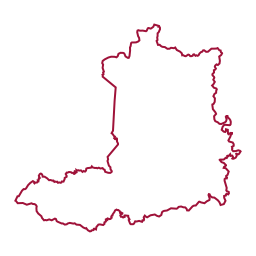 Falan, Tolima, Colombia
{"feature_id": "7082276B64304249880485", "entity_name": "Falan", "entity_type": "district", "adm_level": 2, "iso_a3": "COL", "parent_name": "Colombia", "parent_adm1": "Tolima", "projection": "orthographic", "projection_center": [-74.943, 5.091], "detail": "fine", "context": "isolated", "style": "outline", "palette": "rose", "viewbox_px": 256, "rotation_deg": 0, "n_neighbors": 0, "source": "geoboundaries", "source_scale": "gbopen_adm2", "svg_char_len": 5863}
<svg xmlns="http://www.w3.org/2000/svg" viewBox="0 0 256 256"><path d="M85.5,228.5L86.2,228.1L87.8,230.2L89.9,231.4L91.1,231.1L91.5,230.4L93.5,230.1L93.8,228.8L94.6,228.7L96.0,229.4L96.4,227.0L98.4,224.6L99.9,224.4L103.2,225.0L104.5,223.8L104.4,222.4L105.9,221.5L105.8,219.4L106.4,219.1L107.4,219.8L107.7,218.5L109.6,219.1L110.6,218.9L111.0,218.1L111.7,217.7L111.3,216.4L111.8,215.7L112.5,215.5L112.6,214.5L114.6,211.6L115.0,210.5L116.5,209.6L117.4,210.1L118.2,210.0L119.7,211.1L120.2,213.2L120.6,213.2L121.0,212.4L122.4,213.2L122.3,213.8L121.5,213.9L120.3,215.4L121.0,216.8L122.0,216.7L123.1,217.5L124.6,216.9L124.3,216.0L124.9,215.4L128.2,215.8L128.3,217.3L129.5,219.3L128.7,220.0L130.1,223.6L130.8,224.2L133.1,224.2L134.0,223.6L135.2,221.3L136.6,221.5L139.1,220.9L142.0,221.8L142.5,220.3L143.6,220.5L143.9,220.1L144.1,219.1L143.7,217.3L144.8,215.6L146.3,217.0L147.2,217.3L150.5,215.3L154.8,214.5L157.1,215.9L159.1,216.5L161.3,215.0L162.0,212.3L162.6,211.6L164.0,210.9L167.0,210.5L171.0,208.3L176.6,208.7L177.4,208.3L178.6,206.9L181.1,206.5L183.4,207.3L185.2,207.4L186.5,208.7L187.1,210.4L188.8,210.5L192.6,206.3L194.0,205.6L195.8,205.5L198.9,201.8L199.6,201.7L201.0,202.4L204.5,203.2L206.8,201.3L209.4,200.0L209.7,198.7L208.5,195.0L208.9,194.1L209.6,194.3L210.4,196.1L212.2,197.4L214.4,197.6L217.9,200.3L219.5,202.3L220.6,205.0L223.8,204.1L225.5,200.8L224.2,197.8L224.1,196.0L225.9,195.5L225.9,194.5L226.6,193.8L228.2,194.4L228.9,193.4L228.7,191.9L226.9,191.2L226.3,190.4L226.7,187.9L224.6,180.8L224.6,179.1L225.4,178.4L226.8,178.4L227.0,177.5L226.2,176.7L226.1,176.0L227.6,174.8L228.7,171.5L226.0,168.5L225.3,168.1L223.7,167.9L224.0,167.0L226.0,165.5L226.0,165.2L223.9,163.0L221.5,162.1L219.7,159.9L220.0,159.6L223.1,159.6L224.3,159.2L225.6,157.8L226.7,158.1L227.1,157.6L227.2,155.9L227.8,155.7L228.6,156.1L230.2,154.2L230.8,155.9L232.2,155.6L232.9,156.6L233.0,157.5L232.3,158.5L233.0,158.8L234.3,158.4L235.7,157.6L236.6,156.0L236.7,155.3L236.2,153.9L236.7,153.7L237.8,154.4L238.4,154.3L239.1,153.8L240.6,151.4L240.0,150.8L238.3,150.3L235.7,151.1L233.2,151.2L232.2,150.0L232.0,148.9L232.4,148.1L231.9,146.8L233.7,145.8L233.7,144.2L232.7,142.5L229.1,141.5L228.4,140.4L230.4,136.6L230.6,135.3L232.0,133.8L232.0,133.0L230.6,132.9L228.5,134.2L228.0,133.5L227.8,129.8L226.0,129.3L225.8,131.3L225.2,132.0L223.7,131.6L221.7,129.8L222.7,126.7L224.1,125.0L225.3,124.8L229.5,125.2L230.1,125.0L230.6,124.3L230.8,121.9L230.3,120.2L229.3,118.7L227.9,117.5L227.5,116.0L226.4,116.0L225.8,116.8L226.6,119.4L226.0,121.4L224.9,122.4L221.2,124.0L219.4,123.8L217.8,122.3L215.3,121.2L214.4,119.4L214.1,116.2L216.1,113.9L215.4,112.3L212.9,109.2L212.3,104.8L212.4,104.4L213.5,104.0L214.7,101.9L214.9,98.3L213.4,96.2L214.5,93.9L216.1,92.8L216.2,90.8L216.8,89.3L216.3,88.5L213.9,87.7L212.1,85.5L213.3,84.4L214.8,81.9L213.3,79.7L214.3,77.7L214.1,77.0L212.5,75.2L212.4,74.2L214.0,72.5L213.9,70.2L215.2,69.6L215.9,68.6L214.8,66.8L215.2,65.6L216.5,64.4L217.9,65.0L219.5,63.5L219.9,60.8L219.2,56.5L221.2,55.0L222.1,53.3L221.9,52.9L220.9,52.2L220.6,50.5L219.4,50.3L217.6,48.1L216.3,48.6L211.4,48.7L208.0,51.7L206.1,51.8L204.2,50.3L203.2,50.3L202.2,51.7L201.0,52.1L199.4,53.6L198.7,55.1L197.7,55.8L196.4,55.3L195.5,55.8L194.0,54.3L193.2,54.6L192.6,55.8L191.1,56.2L190.2,56.1L189.2,54.9L188.2,54.6L185.8,56.2L184.6,56.0L183.0,55.1L182.2,55.3L181.8,53.3L180.0,51.6L176.8,50.0L175.2,47.5L174.0,48.2L171.0,47.8L169.6,48.7L167.4,48.8L164.9,47.1L162.3,46.8L160.9,46.0L159.7,44.8L158.0,44.9L156.6,40.9L157.5,40.0L157.2,37.4L157.6,36.1L157.6,33.3L158.7,32.2L160.0,29.2L159.9,27.5L159.4,26.8L158.5,26.7L158.8,25.9L154.3,24.6L153.3,26.8L151.2,28.4L150.6,28.6L148.7,28.0L147.8,28.3L146.7,30.7L146.0,31.2L142.7,30.6L140.1,30.7L138.3,30.2L137.5,30.6L137.2,32.2L138.1,36.1L139.1,37.9L139.4,40.4L138.2,41.5L136.0,42.4L131.8,42.5L131.1,43.1L130.6,46.2L130.0,47.4L130.1,50.5L129.5,56.0L128.7,57.9L127.9,57.9L125.5,56.4L124.6,54.1L123.9,53.2L123.1,52.9L120.5,52.8L118.5,53.8L117.7,56.2L116.5,57.3L114.6,56.8L111.2,56.7L108.4,57.5L104.7,59.4L102.7,60.9L102.2,63.1L103.1,64.6L102.6,67.9L103.9,71.7L103.1,72.4L103.5,74.2L102.5,74.8L102.8,75.4L102.7,76.7L115.7,87.4L114.6,100.9L113.0,130.7L111.6,133.2L112.6,134.0L114.2,136.3L114.9,136.6L114.2,138.2L114.9,138.6L115.0,139.1L115.3,139.2L116.0,138.4L116.6,138.3L117.0,138.8L117.0,141.5L118.0,143.5L118.0,144.5L107.6,156.9L108.1,159.3L107.5,161.0L108.9,165.7L110.4,167.2L110.5,169.2L111.8,171.2L111.5,172.1L110.2,172.9L108.2,172.8L105.2,171.8L104.6,169.7L103.5,169.3L102.6,168.1L100.4,168.5L98.8,167.7L97.3,168.3L96.5,167.9L94.9,168.0L92.6,167.4L91.8,166.4L91.0,167.7L87.5,168.1L86.3,168.6L86.0,170.6L85.0,171.6L83.7,171.0L82.5,171.9L81.0,170.4L79.1,170.6L78.2,170.2L76.9,170.5L76.4,170.1L76.6,172.3L75.8,172.6L75.2,171.5L74.7,171.3L74.4,172.7L74.9,173.5L74.4,173.9L73.8,173.8L73.1,172.9L71.8,172.9L71.0,172.2L68.9,172.0L67.5,172.7L66.7,172.6L65.7,174.0L66.7,176.0L66.6,176.8L64.7,177.9L64.6,179.2L63.5,181.6L61.8,181.5L61.4,182.5L60.7,182.8L59.2,182.4L58.0,182.8L57.2,181.7L56.5,181.9L55.4,181.6L54.5,181.9L54.3,181.3L53.5,181.2L53.3,180.5L51.8,180.5L50.6,180.0L49.1,180.2L47.0,178.2L44.6,176.7L42.8,176.7L42.1,174.5L41.2,173.7L40.5,173.6L39.7,174.2L38.8,175.8L39.3,177.0L38.9,178.0L39.6,178.2L38.9,178.9L38.7,179.9L37.9,180.2L38.4,180.8L38.4,181.5L37.5,181.8L37.0,182.5L35.3,182.5L34.5,183.4L34.2,183.1L34.1,181.9L32.9,181.1L30.3,182.9L28.1,185.1L26.0,188.5L24.9,189.2L23.6,189.1L22.0,190.7L18.8,196.2L17.5,196.3L15.4,200.7L16.0,201.0L17.7,203.2L22.8,203.0L26.8,204.7L31.5,203.3L32.9,204.0L34.6,204.1L35.8,204.9L36.7,206.3L36.4,208.0L36.6,211.1L38.2,213.5L41.4,216.2L42.0,217.9L44.0,220.3L45.4,220.0L46.7,220.3L49.2,219.4L51.7,220.3L54.9,218.6L55.9,219.0L56.7,221.1L57.4,221.6L61.7,223.5L62.8,223.4L64.8,224.6L66.7,224.3L67.7,223.5L69.8,222.9L73.3,223.6L74.7,223.3L76.4,224.6L80.0,224.9L83.3,227.5L85.5,228.5Z" fill="none" stroke="#9f1239" stroke-width="2"/></svg>